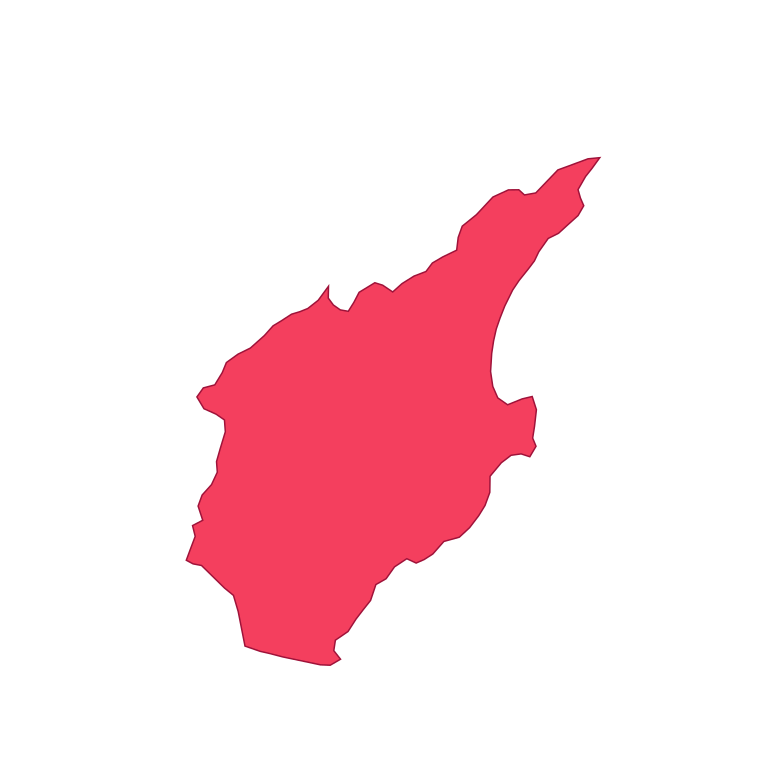 outline of Garopaba, Santa Catarina, Brazil, rotated 25°
{"feature_id": "56859067B6248133710185", "entity_name": "Garopaba", "entity_type": "district", "adm_level": 2, "iso_a3": "BRA", "parent_name": "Brazil", "parent_adm1": "Santa Catarina", "projection": "equal_earth", "projection_center": [-48.655, -28.032], "detail": "fine", "context": "isolated", "style": "filled", "palette": "rose", "viewbox_px": 768, "rotation_deg": 25, "n_neighbors": 0, "source": "geoboundaries", "source_scale": "gbopen_adm2", "svg_char_len": 1668}
<svg xmlns="http://www.w3.org/2000/svg" viewBox="0 0 768 768"><g transform="rotate(25 384 384)"><path d="M454.1,661.6L460.9,651.8L451.2,646.9L448.2,636.7L456.0,623.5L458.0,608.8L460.6,597.1L463.3,585.8L461.4,569.2L468.2,559.6L470.8,545.3L478.5,532.7L488.8,532.7L494.6,526.1L500.1,517.4L504.8,501.4L517.0,491.0L522.3,478.0L525.5,463.3L526.9,451.4L525.7,437.5L519.1,422.8L523.6,405.8L529.3,394.9L537.8,389.4L546.9,388.3L548.1,376.2L541.6,370.2L538.3,358.7L533.0,342.9L523.6,332.7L515.5,339.1L504.8,350.6L493.0,348.5L483.6,340.2L475.3,327.6L468.7,310.8L465.1,298.6L462.5,286.7L461.3,275.2L460.5,262.2L460.9,244.5L462.7,233.0L466.2,218.7L468.3,208.9L468.4,198.7L471.3,182.7L478.5,173.6L483.1,162.5L488.7,149.3L489.7,138.0L483.4,132.4L477.7,125.8L479.0,110.7L481.4,100.7L483.9,87.7L473.7,93.7L465.1,102.4L458.6,109.0L451.1,116.5L446.6,129.7L440.8,146.7L431.4,153.3L424.1,151.0L414.7,155.5L403.7,168.5L396.2,191.5L388.2,207.9L389.3,219.8L393.3,232.0L383.6,243.9L376.7,253.9L374.5,264.3L365.6,273.5L357.9,285.4L353.0,296.9L341.0,295.0L332.9,296.1L322.7,311.4L322.2,322.7L320.9,333.2L313.1,335.3L304.7,333.8L297.2,329.7L292.4,318.9L289.0,335.9L283.0,347.8L277.2,354.0L270.7,359.8L264.2,370.2L258.9,378.1L255.1,390.7L247.7,407.9L239.1,418.6L232.1,431.1L232.6,442.0L231.0,456.3L221.9,463.9L219.9,474.8L231.3,482.5L244.4,482.3L254.6,484.0L260.4,494.4L262.9,511.9L265.0,525.1L270.2,534.4L270.2,548.1L266.1,561.5L267.1,573.2L277.3,584.1L270.3,593.2L277.3,601.9L278.4,616.4L279.3,627.3L287.0,627.7L295.3,625.6L325.9,636.4L336.9,639.2L348.0,651.8L368.8,680.3L384.9,678.6L392.7,676.9L407.7,674.1L445.0,665.4L454.1,661.6Z" fill="#f43f5e" stroke="#9f1239" stroke-width="1.5"/></g></svg>